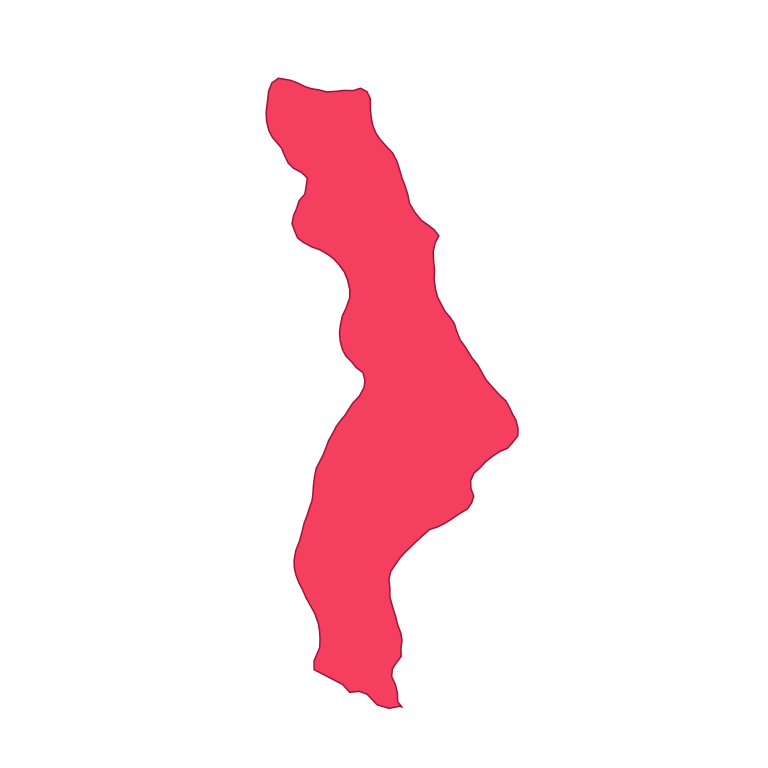 III-3 Lower West Demerara, Essequibo Islands-West Demerara, Guyana (Mercator projection), rotated 169°
{"feature_id": "73187651B37275521975426", "entity_name": "III-3 Lower West Demerara", "entity_type": "district", "adm_level": 2, "iso_a3": "GUY", "parent_name": "Guyana", "parent_adm1": "Essequibo Islands-West Demerara", "projection": "mercator", "projection_center": [-58.314, 6.498], "detail": "fine", "context": "isolated", "style": "filled", "palette": "rose", "viewbox_px": 768, "rotation_deg": 169, "n_neighbors": 0, "source": "geoboundaries", "source_scale": "gbopen_adm2", "svg_char_len": 2426}
<svg xmlns="http://www.w3.org/2000/svg" viewBox="0 0 768 768"><g transform="rotate(169 384 384)"><path d="M429.1,704.3L436.6,701.0L441.4,693.5L444.8,682.6L447.9,673.1L449.1,664.3L448.7,655.0L446.5,647.4L442.9,641.1L439.5,634.9L438.0,627.3L435.9,619.3L431.7,613.0L424.5,607.3L420.0,600.9L422.5,593.3L425.5,585.5L432.4,580.1L436.2,573.1L440.4,567.1L443.7,559.0L442.6,551.7L440.9,543.8L436.2,538.5L428.6,532.2L421.5,528.1L413.9,521.4L409.2,516.1L405.6,510.1L401.6,501.7L399.9,492.9L399.6,483.0L401.1,475.4L406.9,465.5L412.0,458.7L415.9,449.2L418.0,442.2L418.8,433.8L418.2,425.6L416.0,418.6L411.6,412.1L408.2,405.5L402.5,399.2L402.0,391.6L404.1,384.6L410.6,376.7L418.2,371.3L423.2,366.2L428.0,361.0L433.9,356.2L439.1,351.3L443.6,345.5L449.0,339.3L452.8,333.1L456.8,326.7L461.4,320.8L466.6,314.2L469.7,306.7L472.7,297.7L474.5,290.5L476.8,283.5L480.4,277.3L484.8,269.3L489.1,262.5L492.7,254.4L497.1,245.6L502.3,237.5L505.9,228.1L507.1,220.5L506.9,213.3L505.4,204.9L503.2,197.7L501.3,188.9L498.1,179.4L495.8,172.3L494.1,161.0L494.4,153.6L495.5,145.6L497.5,137.3L505.5,125.6L507.1,116.9L497.3,109.1L482.0,97.0L476.5,87.9L466.8,87.0L459.7,82.6L452.0,70.4L441.1,64.7L430.2,64.6L428.2,63.7L429.0,65.3L431.2,69.5L429.8,77.6L430.2,86.6L432.3,95.4L430.1,102.8L425.2,107.8L419.1,113.3L417.9,121.0L415.2,129.0L415.0,136.2L416.5,144.8L417.0,154.0L418.1,163.7L418.9,173.5L417.1,183.0L416.5,191.2L413.1,198.8L407.3,204.6L401.8,210.0L394.9,215.1L389.0,218.9L381.2,224.0L375.3,227.6L366.9,232.5L359.1,233.4L350.7,235.7L344.2,238.2L336.0,241.8L325.9,245.5L320.7,250.5L317.3,256.7L318.6,264.7L317.4,272.5L312.8,279.3L305.9,283.2L298.9,288.4L291.3,292.3L283.6,295.5L275.0,297.4L268.7,302.3L262.6,307.5L260.9,314.7L261.4,323.3L263.7,330.5L265.4,337.5L267.7,344.3L273.2,352.0L278.1,360.0L283.2,369.0L285.6,376.4L288.3,384.6L292.4,392.4L294.9,399.0L297.7,406.1L300.8,412.7L302.6,421.9L303.4,429.9L306.4,436.9L310.2,443.5L312.3,450.4L314.9,459.3L315.4,467.7L314.8,477.3L312.7,485.8L311.9,494.8L310.4,504.7L306.9,512.7L301.9,518.9L305.2,525.7L311.0,532.3L316.2,537.6L321.1,547.0L324.5,556.6L324.5,565.9L325.6,575.1L327.1,583.1L327.8,591.4L328.7,599.6L331.4,609.0L336.9,617.6L341.4,625.4L344.2,632.2L345.7,640.2L345.7,648.2L344.9,656.4L343.0,666.5L344.9,674.1L350.6,678.8L358.2,677.9L367.1,679.8L375.5,680.5L384.6,681.7L392.4,685.4L399.1,687.8L405.6,691.5L411.6,696.2L417.9,700.0L429.1,704.3Z" fill="#f43f5e" stroke="#9f1239" stroke-width="1.5"/></g></svg>